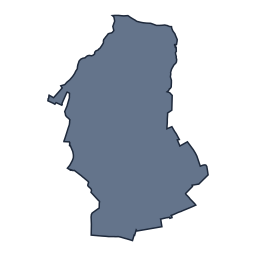 the district of Valea Lui Mihai, Bihor, Romania
{"feature_id": "2599482B32986385447042", "entity_name": "Valea Lui Mihai", "entity_type": "district", "adm_level": 2, "iso_a3": "ROU", "parent_name": "Romania", "parent_adm1": "Bihor", "projection": "robinson", "projection_center": [22.134, 47.533], "detail": "fine", "context": "isolated", "style": "filled", "palette": "slate", "viewbox_px": 256, "rotation_deg": 0, "n_neighbors": 0, "source": "geoboundaries", "source_scale": "gbopen_adm2", "svg_char_len": 4245}
<svg xmlns="http://www.w3.org/2000/svg" viewBox="0 0 256 256"><path d="M205.7,165.0L205.1,165.0L204.6,164.9L203.7,165.0L202.3,165.4L200.3,166.2L199.8,164.8L196.9,156.2L195.5,153.4L193.4,149.9L192.6,148.8L187.4,141.8L179.9,146.0L177.3,139.9L179.3,139.5L176.3,133.9L174.4,131.1L171.9,126.7L171.7,126.8L171.4,126.9L171.0,127.1L170.6,127.2L170.4,127.3L169.0,127.9L168.6,128.1L166.9,128.8L166.9,128.6L167.0,126.2L167.2,123.9L167.3,122.2L167.3,119.5L167.3,119.2L167.4,117.7L167.6,114.8L167.6,113.0L167.8,112.9L171.8,110.2L172.2,95.4L170.9,94.0L170.6,93.7L169.8,92.8L169.2,92.5L169.0,92.4L167.1,91.8L168.0,91.1L168.8,90.2L169.3,89.2L169.5,88.7L169.8,88.7L170.2,88.6L171.2,87.0L171.4,82.8L171.4,80.2L170.5,77.3L170.4,76.6L170.8,74.0L170.6,72.5L171.6,69.1L173.8,65.1L175.8,63.1L176.4,62.0L176.7,59.7L176.2,57.6L176.3,56.5L175.7,54.5L175.6,54.0L175.5,52.7L175.5,52.4L176.3,51.5L176.2,47.6L175.5,47.6L175.2,47.0L175.3,46.4L175.6,46.4L175.7,46.1L174.9,45.7L174.5,45.0L174.6,44.6L176.5,44.4L177.1,41.0L177.2,39.5L175.6,35.7L175.4,35.2L174.8,33.6L174.3,33.0L172.8,30.9L171.7,28.2L171.6,27.2L171.5,26.6L170.9,26.6L170.3,26.6L169.2,26.4L167.2,25.5L166.0,25.3L164.8,25.0L161.7,25.3L159.7,25.4L156.4,25.4L153.2,24.2L150.7,23.3L146.5,23.1L144.5,22.9L143.5,22.8L140.7,22.3L136.7,21.3L135.2,20.2L133.6,19.3L130.6,17.5L127.9,15.6L123.8,15.9L122.4,15.8L118.4,15.4L115.1,15.4L112.4,15.6L113.1,16.2L113.9,17.1L114.6,20.5L114.6,21.5L113.9,23.3L113.5,24.5L112.8,26.4L113.5,29.2L113.8,30.7L112.1,32.6L111.1,33.0L109.3,33.4L108.2,33.8L107.6,34.6L106.4,36.2L105.8,36.8L105.7,37.0L103.7,39.6L103.4,41.0L103.4,41.6L103.5,41.9L103.3,43.1L101.6,45.9L99.8,48.4L98.8,49.0L98.0,50.0L96.5,50.6L95.7,51.0L94.7,52.3L94.6,53.9L93.3,55.1L91.6,55.8L89.3,55.4L87.8,55.7L86.7,56.3L86.2,56.7L85.1,57.8L82.6,58.3L80.6,59.3L79.0,61.2L78.7,62.3L77.8,64.9L77.4,67.2L77.4,68.3L77.0,69.3L75.7,71.2L74.7,73.4L73.4,75.4L72.3,76.9L71.6,77.7L69.8,79.8L67.0,82.1L64.8,84.6L63.2,85.1L62.1,85.4L60.8,85.8L61.5,87.0L62.2,87.9L61.0,89.3L60.0,90.5L56.0,95.0L53.6,97.7L53.1,97.5L51.5,96.5L50.4,95.9L49.3,95.4L49.1,95.2L48.9,95.7L48.8,97.8L48.6,98.1L48.2,98.5L48.1,99.0L48.1,99.5L48.0,99.8L47.9,100.8L53.1,103.2L54.9,104.2L56.1,102.6L61.8,105.2L62.1,104.7L62.2,104.4L62.1,103.9L62.0,103.4L62.5,102.3L66.9,92.3L67.1,92.1L68.5,92.7L69.5,93.3L69.4,95.9L69.4,97.9L68.3,101.6L67.1,105.8L67.0,106.1L65.0,110.9L64.7,111.7L65.1,112.8L65.3,113.6L65.4,114.2L65.5,115.1L65.9,115.8L66.5,116.6L67.1,117.2L68.2,118.1L68.7,118.5L69.2,119.0L69.5,119.6L69.8,119.7L69.8,120.4L69.6,121.6L69.6,122.2L69.6,122.7L69.3,124.9L68.5,127.2L67.9,129.0L66.4,133.8L64.9,138.5L63.9,141.2L63.9,141.6L69.3,141.9L69.3,142.0L69.9,143.0L69.6,143.6L69.7,144.2L69.6,144.7L69.5,145.1L69.8,145.2L70.1,145.3L70.1,145.5L69.9,145.5L69.8,145.8L70.6,146.2L70.7,146.7L71.3,148.0L72.8,151.6L73.4,154.9L73.4,156.5L73.3,158.0L72.3,160.6L70.6,163.8L69.7,165.4L67.9,167.6L67.7,167.8L67.5,168.1L67.4,168.2L68.0,168.6L68.8,169.1L69.7,169.4L70.8,169.7L69.9,170.2L69.7,170.3L70.0,170.3L70.6,170.2L71.3,170.2L71.9,170.3L72.7,170.5L73.2,170.5L73.9,170.5L74.3,170.4L76.8,172.3L79.8,174.6L81.6,175.9L81.8,176.2L87.6,181.0L88.4,181.7L88.3,182.0L88.6,182.5L87.9,184.5L87.8,185.6L88.4,186.5L89.7,187.6L90.7,188.6L91.3,189.4L91.4,190.1L91.5,190.7L91.1,192.0L91.0,192.3L92.3,193.7L98.6,200.6L99.5,201.4L99.6,201.9L99.3,202.8L99.3,203.4L99.2,208.0L95.8,210.4L93.2,212.3L92.2,213.0L92.0,213.3L91.3,214.8L91.3,215.3L91.1,217.0L91.2,219.3L91.4,224.2L91.2,235.1L101.4,236.0L105.8,236.3L108.8,236.6L111.4,236.6L113.9,236.6L115.9,236.7L118.3,236.6L120.3,237.0L121.0,237.2L123.4,237.9L125.1,238.4L125.9,238.6L126.3,238.7L129.0,239.5L132.5,240.6L134.1,235.1L134.6,235.3L136.2,229.9L137.0,231.0L161.9,226.7L160.7,219.3L160.6,219.1L167.2,217.6L167.3,217.7L169.4,217.3L169.9,218.3L172.0,217.6L171.8,217.1L171.8,216.4L171.5,216.2L171.1,215.4L171.4,215.3L171.6,215.2L171.8,215.2L172.6,214.9L174.9,213.9L178.0,212.5L179.6,211.9L181.4,211.3L181.9,211.0L188.2,208.4L192.0,206.8L195.8,205.1L194.7,203.7L192.0,200.9L191.0,199.9L190.1,199.0L189.0,197.5L188.4,196.9L187.5,195.9L186.1,194.6L185.8,194.0L185.6,193.5L192.5,186.4L192.1,185.2L198.8,184.1L203.0,179.9L208.1,174.9L207.5,170.7L206.8,166.5L206.2,165.7L206.1,165.4L205.7,165.0Z" fill="#64748b" stroke="#1e293b" stroke-width="1.5"/></svg>